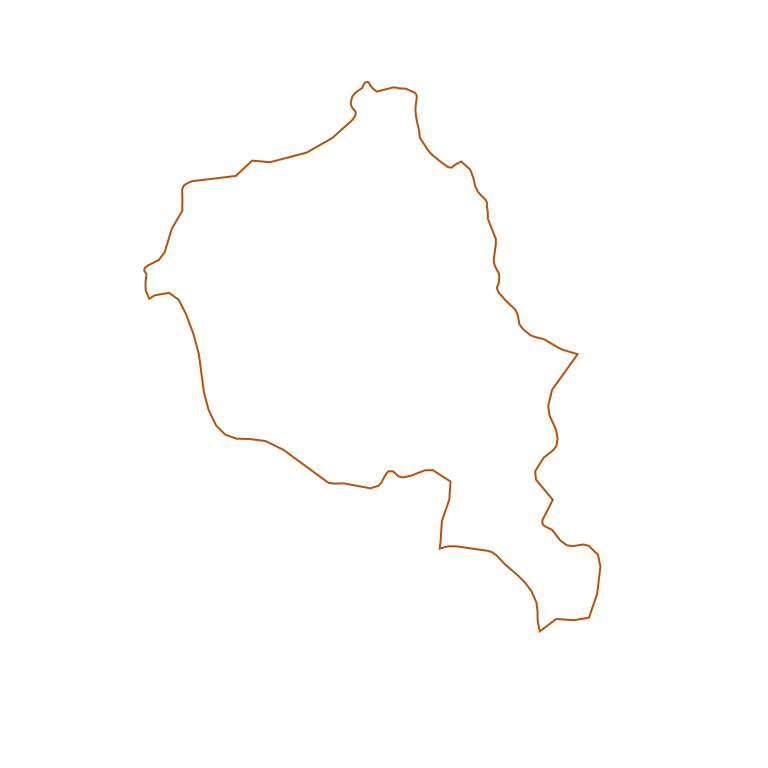 the Canton of Ticino, rotated 340°
{"feature_id": "CHE-168", "entity_name": "Ticino", "entity_type": "Canton", "adm_level": 1, "iso_a3": "CHE", "parent_name": "Switzerland", "parent_adm1": "", "projection": "orthographic", "projection_center": [8.86, 46.227], "detail": "fine", "context": "isolated", "style": "outline", "palette": "amber", "viewbox_px": 768, "rotation_deg": 340, "n_neighbors": 0, "source": "natural_earth", "source_scale": "10m", "svg_char_len": 2404}
<svg xmlns="http://www.w3.org/2000/svg" viewBox="0 0 768 768"><g transform="rotate(340 384 384)"><path d="M360.9,468.5L358.4,467.5L355.4,469.0L347.7,475.8L344.1,477.8L335.4,477.3L312.4,463.7L302.8,460.4L298.0,457.9L267.0,411.5L253.0,397.0L239.4,390.0L226.5,384.8L217.4,377.2L212.1,365.7L210.3,348.3L212.0,329.9L220.2,292.9L222.0,272.4L221.9,250.8L219.9,234.7L213.2,224.8L199.1,222.3L192.6,223.6L192.6,223.4L192.4,220.5L192.0,215.2L193.3,210.6L195.3,205.5L197.9,200.7L198.2,199.2L198.1,197.8L197.5,196.4L197.7,194.7L199.3,193.0L203.7,191.7L214.9,190.4L223.1,185.0L237.6,165.6L253.9,152.1L255.0,148.4L256.9,143.7L260.8,132.4L262.0,130.7L263.7,129.1L267.4,128.1L273.0,127.8L316.0,137.8L336.4,129.0L352.8,136.6L390.6,140.1L419.6,135.1L444.5,125.1L449.2,121.6L450.3,119.2L450.0,116.9L448.9,114.7L448.4,111.5L449.1,107.9L452.7,102.9L456.1,100.9L459.9,99.5L464.6,98.4L468.7,94.5L471.4,94.3L472.8,95.5L473.4,99.3L474.8,102.8L477.2,106.8L493.9,108.4L496.3,109.4L499.7,111.5L505.3,113.8L511.8,120.0L513.0,121.7L513.4,123.9L512.4,126.7L508.8,133.6L507.1,137.8L505.7,143.0L504.9,147.5L503.9,155.9L503.2,159.8L502.4,162.6L502.0,164.8L505.1,178.6L506.4,182.4L507.9,185.6L513.2,194.5L518.5,202.3L522.0,203.9L523.0,203.2L525.2,202.4L532.6,201.3L538.3,211.9L538.5,216.2L538.3,221.9L537.3,229.8L538.1,235.7L540.0,240.7L542.4,245.6L542.8,248.5L541.7,251.6L540.1,258.5L538.1,264.4L538.7,286.0L536.9,290.9L529.4,305.2L528.6,310.0L529.0,314.7L529.8,319.2L529.0,322.7L527.0,327.3L523.0,332.2L522.8,335.1L523.5,338.6L527.5,348.6L532.7,358.8L533.0,361.5L533.2,365.1L531.7,374.2L532.7,378.0L534.3,381.7L538.2,388.1L541.5,391.1L549.7,396.7L560.0,409.3L564.4,413.5L575.7,421.9L575.8,421.9L576.0,422.0L575.7,422.5L539.9,447.0L530.8,460.8L528.8,470.0L530.0,486.1L528.4,494.9L524.5,501.5L519.8,504.3L508.9,507.8L496.2,517.7L494.1,525.8L503.0,550.6L486.7,565.7L485.6,567.5L485.2,569.4L485.6,571.2L486.7,573.0L492.0,578.4L496.2,591.4L500.7,598.1L505.5,600.8L516.4,603.0L521.0,606.0L526.7,617.8L524.8,629.9L512.5,654.1L496.7,673.7L481.7,670.9L465.4,663.7L450.1,668.4L445.7,669.7L447.5,658.7L450.5,650.2L452.5,641.4L451.7,629.0L448.9,619.7L444.7,610.4L436.1,595.0L431.2,583.6L428.0,579.0L424.7,576.4L396.2,561.1L388.6,558.4L380.1,557.8L380.9,555.9L382.8,552.5L391.6,532.4L405.8,515.1L413.1,498.4L400.5,481.7L393.0,479.1L377.8,479.4L369.9,478.3L366.1,475.7L362.5,469.0L360.9,468.5Z" fill="none" stroke="#b45309" stroke-width="2"/></g></svg>